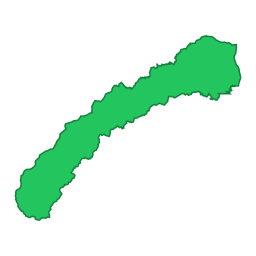 Arenal, Bolívar, Colombia
{"feature_id": "7082276B96052699629783", "entity_name": "Arenal", "entity_type": "district", "adm_level": 2, "iso_a3": "COL", "parent_name": "Colombia", "parent_adm1": "Bolívar", "projection": "robinson", "projection_center": [-74.071, 8.321], "detail": "fine", "context": "isolated", "style": "filled", "palette": "green", "viewbox_px": 256, "rotation_deg": 0, "n_neighbors": 0, "source": "geoboundaries", "source_scale": "gbopen_adm2", "svg_char_len": 5701}
<svg xmlns="http://www.w3.org/2000/svg" viewBox="0 0 256 256"><path d="M236.4,44.6L232.0,45.0L230.3,43.5L228.8,42.8L228.2,42.7L227.2,43.2L224.5,42.1L222.9,42.5L219.9,41.9L216.2,40.0L213.2,37.4L211.7,36.6L207.0,36.4L206.6,35.9L206.3,35.9L206.2,36.2L204.4,36.1L202.9,36.8L202.0,36.8L200.5,38.4L200.3,39.3L199.4,39.4L198.3,40.1L197.0,40.2L196.2,40.8L195.3,43.2L192.6,43.2L190.8,43.8L190.6,43.2L190.1,43.2L189.7,44.4L189.0,44.5L188.9,45.1L187.5,46.3L186.3,48.7L185.3,49.0L184.2,48.5L183.6,49.2L181.9,49.3L181.2,49.6L180.3,51.1L180.6,51.7L180.6,52.0L179.7,52.2L179.2,52.9L178.5,53.1L178.1,54.4L177.5,54.1L176.7,54.3L176.4,55.4L176.4,56.7L175.7,56.4L175.2,57.0L174.9,58.0L176.2,59.5L176.0,60.2L176.1,61.4L175.7,62.0L174.9,61.7L174.1,64.0L173.6,64.5L173.2,64.4L172.6,63.6L171.2,62.7L169.7,62.2L169.4,63.4L170.1,63.7L170.1,64.2L169.0,64.1L168.3,63.4L167.9,64.4L167.6,64.5L166.4,63.9L166.0,64.0L165.7,64.7L164.9,64.4L163.7,64.8L162.9,64.6L162.5,65.0L162.0,64.4L161.2,66.1L160.3,65.8L158.6,66.0L157.1,64.3L156.9,64.9L157.3,65.4L157.4,66.0L157.1,66.8L157.3,67.5L157.0,67.8L155.1,68.4L154.2,67.2L153.6,67.1L151.0,67.9L150.7,69.6L149.5,72.5L149.5,72.9L150.1,73.5L150.1,76.2L148.2,76.8L148.3,77.5L147.0,77.0L145.6,77.6L145.3,78.2L144.9,77.2L144.4,77.2L144.0,77.9L142.6,77.5L142.1,78.0L140.4,77.1L141.0,77.9L140.5,78.2L140.6,78.5L139.2,79.0L137.4,82.1L136.6,82.6L136.2,82.6L135.6,83.1L135.3,83.7L135.3,84.8L133.8,86.1L133.6,86.7L132.4,88.6L131.7,88.5L131.2,88.9L130.8,87.6L130.2,87.9L129.3,87.4L128.0,88.3L126.4,87.4L125.7,87.7L125.3,86.8L124.1,85.5L123.8,85.6L123.2,84.5L121.4,82.4L121.0,82.5L120.5,83.3L119.8,83.5L119.0,84.4L118.6,86.5L118.0,86.5L116.1,85.3L115.4,85.7L114.5,85.5L114.1,85.7L113.8,86.7L112.9,87.2L112.1,88.9L111.9,91.0L109.6,92.8L108.3,92.8L105.8,94.0L104.4,97.2L101.8,100.7L100.3,101.7L99.3,101.1L97.4,101.2L96.3,100.7L95.2,100.6L93.9,102.3L91.9,106.4L91.8,107.1L92.1,108.2L91.8,111.5L92.2,112.6L89.7,113.3L88.1,114.4L84.7,116.0L80.8,116.1L79.9,117.9L78.0,120.0L75.7,120.7L73.4,120.9L72.0,121.9L65.7,123.8L65.2,124.6L65.0,126.1L65.2,127.1L66.0,128.5L65.7,129.3L60.1,133.9L59.8,137.4L59.1,138.3L58.7,139.4L57.6,140.3L56.5,142.1L56.1,143.3L53.0,148.9L50.2,149.3L47.6,150.7L45.9,151.1L39.9,154.9L39.6,155.2L39.3,157.5L36.3,160.1L35.5,161.2L35.2,162.2L35.6,163.8L35.5,164.5L34.6,166.3L31.1,168.9L29.0,169.4L26.5,169.4L24.5,170.9L23.3,173.0L23.4,173.7L22.8,174.7L21.1,175.8L20.9,179.0L20.4,180.5L21.2,182.8L21.0,185.9L20.2,187.7L18.8,189.1L16.4,190.3L15.7,192.2L15.9,193.5L15.4,196.2L15.5,196.7L16.0,197.3L16.0,197.8L15.7,199.6L16.4,200.5L16.3,201.0L17.1,202.8L17.5,203.0L18.2,204.9L17.9,206.1L18.2,206.9L20.5,210.2L21.3,210.6L21.5,211.2L22.6,211.5L23.4,212.1L24.0,213.8L25.4,214.8L25.8,216.1L27.0,216.4L28.9,217.5L30.0,217.5L31.7,216.5L32.9,216.5L35.0,217.2L35.5,219.2L37.0,219.8L39.4,220.1L41.9,217.8L44.7,217.9L45.6,218.3L47.4,217.0L49.1,217.4L49.5,217.2L49.5,215.6L48.6,212.0L51.0,209.1L50.3,208.2L50.7,206.8L52.5,204.7L53.2,203.2L54.8,201.9L56.4,201.3L57.4,199.4L58.7,198.8L61.7,194.1L61.7,193.4L60.6,192.3L59.7,190.4L59.5,189.8L59.9,188.8L60.7,187.9L62.9,187.2L63.8,186.5L64.5,184.7L65.1,184.5L65.8,185.0L66.2,184.9L68.0,184.1L68.5,183.5L69.0,182.0L70.1,182.1L71.5,180.6L72.2,178.6L73.8,178.2L74.8,176.1L74.9,175.5L74.5,174.8L74.2,174.2L72.7,173.8L71.1,172.9L73.2,170.0L73.7,168.2L75.0,168.1L75.0,167.2L75.3,166.9L77.9,166.4L78.3,164.2L80.5,162.9L80.0,161.6L81.6,159.0L82.8,158.4L84.5,158.3L85.0,157.5L87.2,158.8L88.5,159.2L89.7,158.6L90.6,158.7L90.9,158.4L91.0,157.3L92.2,157.0L92.9,154.9L92.7,153.3L92.8,152.4L94.5,150.9L96.2,150.1L98.2,146.3L98.0,145.0L98.6,144.1L99.3,142.1L99.2,139.1L98.5,138.0L98.4,137.2L99.9,134.8L101.2,134.5L101.8,135.2L102.3,135.2L104.0,134.4L105.8,135.5L109.2,136.4L109.5,136.0L110.4,132.6L110.0,131.2L111.2,129.4L113.3,129.3L113.8,128.5L115.9,127.5L117.6,125.9L119.6,127.6L121.5,127.1L121.8,127.5L121.9,128.5L122.2,128.7L122.7,128.5L123.1,127.6L123.8,127.9L123.6,125.7L126.7,123.2L126.7,122.4L126.3,121.8L126.6,121.4L127.3,121.1L128.7,121.4L129.4,122.2L130.5,121.8L131.2,122.6L132.2,122.1L133.0,122.1L133.6,121.3L134.1,118.8L134.6,118.3L135.7,118.0L137.3,118.0L138.6,116.8L140.7,116.3L142.9,115.0L144.4,115.3L145.1,114.5L146.1,114.0L146.6,113.3L146.9,112.6L147.1,110.9L148.7,111.0L149.0,110.8L149.4,108.7L150.5,106.8L151.5,106.4L152.0,105.7L153.7,104.8L154.9,104.5L155.7,105.1L156.6,105.1L158.8,103.5L159.4,103.5L161.0,103.7L163.5,104.9L164.7,104.8L166.5,102.4L167.5,101.6L168.7,96.6L169.0,96.3L170.4,96.6L171.8,96.4L174.5,97.8L175.0,97.5L175.7,97.5L176.8,96.5L180.0,94.8L180.5,94.2L182.2,93.5L183.4,93.8L183.8,93.6L184.4,94.1L184.6,94.6L185.5,94.8L187.1,94.1L187.6,94.7L188.8,95.2L189.3,94.6L190.0,94.7L191.3,94.2L191.5,93.3L193.0,92.3L194.6,92.0L195.1,92.4L196.0,91.9L196.9,92.1L197.7,91.5L198.7,91.3L199.1,91.9L200.4,92.5L200.7,93.4L200.3,94.0L200.7,94.7L201.0,94.8L202.1,93.9L202.4,94.9L203.2,95.8L204.1,95.4L204.6,96.1L205.7,96.1L206.4,96.9L206.8,96.9L208.2,95.4L208.4,94.0L208.8,93.5L209.6,94.0L210.1,95.5L210.7,95.8L211.6,97.5L211.4,97.9L210.3,98.6L210.3,99.0L212.5,99.5L213.0,98.7L213.4,98.7L214.4,98.9L215.1,99.8L216.1,100.1L217.0,100.0L217.7,98.8L217.7,98.2L218.6,97.9L219.3,96.5L219.1,95.7L219.7,94.0L219.2,93.7L229.8,93.7L227.8,92.3L227.0,92.3L226.6,91.9L226.6,91.5L227.1,91.8L227.9,91.7L228.7,92.6L229.7,92.4L229.5,91.5L230.3,90.8L230.9,90.8L230.7,90.0L231.4,90.1L231.0,89.5L229.9,89.9L229.4,89.3L229.9,88.9L230.6,89.1L230.9,88.9L230.6,88.2L230.9,88.1L231.0,87.7L230.6,87.4L231.1,86.2L232.4,86.4L232.7,85.5L233.3,86.3L234.0,86.4L234.9,86.3L234.8,85.8L238.4,85.9L239.0,82.6L240.5,78.5L240.6,77.2L239.3,71.5L239.1,69.2L237.8,66.2L236.4,65.2L234.1,58.3L234.4,55.8L235.7,53.4L236.3,48.2L236.4,44.6Z" fill="#22c55e" stroke="#15803d" stroke-width="1.5"/></svg>